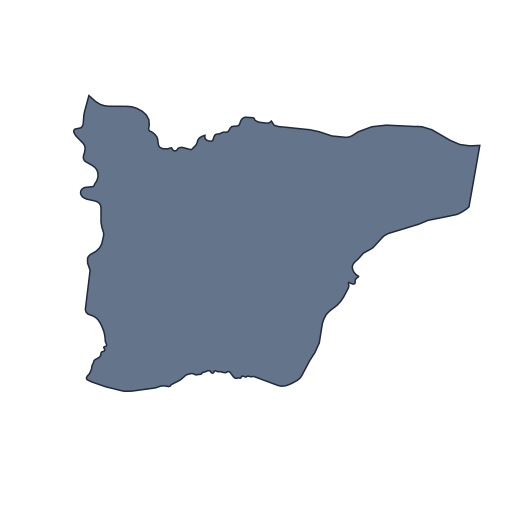 the Province of Sud-Kivu, rotated 280°
{"feature_id": "COD-1894", "entity_name": "Sud-Kivu", "entity_type": "Province", "adm_level": 1, "iso_a3": "COD", "parent_name": "Democratic Republic of the Congo", "parent_adm1": "", "projection": "mercator", "projection_center": [28.022, -3.333], "detail": "fine", "context": "isolated", "style": "filled", "palette": "slate", "viewbox_px": 512, "rotation_deg": 280, "n_neighbors": 0, "source": "natural_earth", "source_scale": "10m", "svg_char_len": 4749}
<svg xmlns="http://www.w3.org/2000/svg" viewBox="0 0 512 512"><g transform="rotate(280 256 256)"><path d="M411.2,390.7L411.6,392.3L412.1,397.1L410.9,407.3L403.6,427.2L401.2,437.4L401.6,447.6L403.8,457.2L376.2,457.2L341.4,457.2L339.1,455.4L335.4,451.5L333.1,448.7L331.5,446.0L321.0,419.3L315.6,410.8L301.2,382.5L299.3,380.0L298.3,378.9L296.9,377.7L284.6,369.8L282.7,367.8L277.5,361.3L270.7,357.1L268.1,355.0L265.6,353.4L263.4,352.7L261.1,352.9L258.8,353.9L257.0,355.3L255.6,357.0L254.7,358.5L253.9,360.5L253.6,360.6L253.2,360.5L252.3,359.5L251.4,358.8L250.9,358.5L250.3,358.2L249.7,358.0L249.1,357.9L248.1,358.0L247.6,358.2L246.9,358.2L246.3,358.2L245.7,357.9L245.4,357.2L245.2,356.2L245.5,354.1L246.1,352.4L246.1,352.0L245.5,351.7L245.0,351.8L243.2,352.5L242.5,352.6L242.0,352.6L240.8,352.6L230.8,349.4L226.5,347.5L221.8,344.6L214.4,337.9L211.6,336.0L210.1,335.2L206.1,333.9L201.3,333.1L181.6,333.4L180.7,333.3L179.6,332.9L171.2,330.8L161.9,326.9L145.9,321.8L143.0,320.3L140.7,318.3L136.6,313.2L133.8,308.7L132.8,306.1L132.2,303.5L132.3,300.2L137.0,274.7L136.8,274.0L136.4,272.8L136.2,272.2L136.3,268.7L135.9,268.1L135.1,267.3L135.0,266.8L135.1,266.0L135.4,264.7L135.4,263.8L135.1,263.1L134.7,262.8L134.2,262.5L133.7,262.4L133.3,262.2L133.0,261.9L132.9,261.3L132.9,260.6L133.0,259.8L132.8,259.2L132.3,258.5L132.1,258.1L132.0,257.5L132.1,256.6L132.4,255.8L133.6,254.2L136.8,250.8L137.2,250.3L137.3,249.6L137.3,248.6L137.0,247.9L136.6,247.5L136.3,247.2L136.1,246.9L135.9,246.4L135.7,245.8L135.6,245.0L135.9,241.2L135.8,240.5L135.4,238.5L135.9,235.6L135.6,235.1L135.1,234.8L134.2,234.7L133.7,234.5L133.3,234.1L133.1,233.5L133.1,232.8L133.3,232.2L134.4,231.4L134.7,230.9L134.8,230.3L134.8,229.2L134.7,228.6L134.5,228.1L133.2,226.3L132.9,225.7L132.2,223.9L131.8,223.5L130.7,223.0L130.3,222.6L129.9,222.1L129.2,219.5L128.7,218.4L128.5,217.6L128.6,216.6L129.1,214.8L129.1,213.8L129.1,213.0L128.9,212.3L127.0,208.3L126.3,207.5L121.2,203.4L119.9,201.9L115.3,195.8L114.5,194.9L113.0,194.1L112.6,193.6L112.2,192.5L112.2,188.6L111.8,186.3L111.0,184.1L109.1,180.8L108.4,179.1L101.4,157.3L100.1,151.0L99.9,148.3L101.1,130.6L103.5,115.9L104.7,111.6L105.0,111.0L105.8,110.4L106.7,110.2L107.9,110.5L108.6,110.8L110.7,112.1L111.8,112.6L115.9,113.6L119.4,113.5L120.3,113.7L121.0,113.9L121.4,114.1L121.8,114.2L122.4,114.4L123.4,114.4L124.1,114.5L124.8,114.7L125.3,115.0L125.8,115.4L126.2,115.8L128.8,119.0L129.2,119.4L129.7,119.7L130.2,120.0L130.9,120.2L134.1,120.3L134.7,120.7L135.1,121.3L135.4,121.9L135.6,122.4L136.0,122.9L136.5,123.2L137.1,123.3L137.8,123.2L139.0,122.2L139.4,121.9L140.1,122.1L140.4,122.6L140.7,123.2L140.9,123.7L141.3,124.0L142.0,124.3L142.7,124.3L143.5,124.0L144.3,123.3L145.2,122.7L146.4,122.2L148.8,121.7L151.6,120.8L155.0,119.4L160.3,116.2L163.3,113.9L165.7,111.6L167.1,109.6L168.2,107.3L168.8,105.2L169.6,100.6L171.3,98.3L173.8,97.2L213.1,95.1L219.5,91.5L222.0,90.9L224.8,90.5L226.9,91.3L228.7,92.6L232.5,97.2L234.4,98.8L237.2,100.7L239.7,101.5L241.7,102.0L249.7,102.4L252.3,101.9L257.9,99.1L262.3,97.5L275.8,95.1L278.5,94.3L280.6,92.7L281.6,90.8L282.2,88.2L282.6,79.3L283.2,76.9L284.0,75.0L285.2,73.6L286.8,72.5L288.3,72.2L289.7,72.2L291.0,72.7L292.2,73.5L293.2,74.6L293.9,75.9L295.9,82.9L296.3,83.8L297.0,84.2L299.6,84.9L301.5,85.8L303.4,86.3L306.5,86.7L309.4,86.1L311.7,85.2L313.7,83.8L315.4,81.7L316.8,78.9L319.5,71.3L320.6,70.0L322.5,68.9L324.9,68.7L327.9,69.1L332.1,69.1L334.7,68.2L336.8,66.4L342.6,58.3L344.0,56.8L346.4,55.0L347.9,54.8L349.1,55.2L349.7,56.0L351.4,60.2L352.0,61.4L353.4,62.3L355.6,62.9L365.0,62.0L368.9,62.1L385.0,63.6L380.5,70.8L378.3,76.1L377.7,80.4L377.9,84.8L381.1,103.7L381.4,108.1L380.7,113.1L378.8,118.8L375.8,123.5L371.6,126.8L366.3,128.2L362.8,128.1L361.8,128.5L360.5,129.6L360.4,130.7L360.0,132.0L359.1,133.8L357.7,135.9L356.0,137.7L353.9,138.9L351.4,139.6L348.1,140.8L346.4,142.2L345.5,145.4L345.8,148.0L346.2,150.4L347.4,152.6L347.9,154.0L345.8,155.9L345.3,157.5L345.8,159.0L346.8,159.8L348.2,160.4L349.4,161.7L350.2,164.5L349.4,173.7L350.4,174.6L354.9,177.6L356.5,178.2L360.1,178.6L362.5,179.8L364.4,181.9L366.0,184.8L363.5,185.1L362.0,186.4L361.2,188.5L361.0,191.1L361.9,193.1L364.1,193.7L366.6,194.0L368.4,194.8L369.0,195.7L370.1,199.0L371.9,201.6L372.4,202.8L372.6,204.7L373.4,206.7L375.2,207.6L377.4,208.4L379.2,209.6L379.9,211.5L380.4,214.0L381.4,216.2L383.7,217.1L386.0,217.4L388.0,218.1L389.7,219.4L390.8,221.2L391.6,228.2L391.7,229.0L391.2,230.3L389.7,231.2L388.8,233.2L388.3,235.7L388.7,243.7L389.5,246.1L391.6,247.7L391.0,248.3L388.2,250.8L387.7,252.4L387.4,256.0L388.1,264.7L389.5,284.5L389.7,286.6L389.4,296.1L388.7,301.2L387.4,310.0L388.5,324.2L389.6,327.5L391.4,330.1L396.0,335.0L403.4,347.6L406.8,359.2L407.5,361.5L411.2,390.7Z" fill="#64748b" stroke="#1e293b" stroke-width="1.5"/></g></svg>